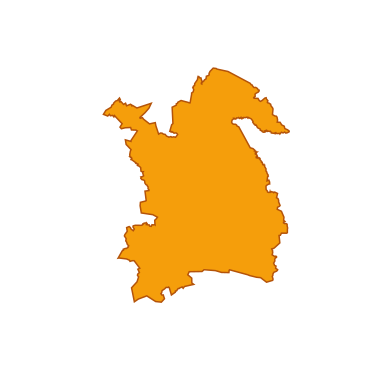 the district of Olinalá, Guerrero, Mexico, rotated 39°
{"feature_id": "50627088B95412074222990", "entity_name": "Olinalá", "entity_type": "district", "adm_level": 2, "iso_a3": "MEX", "parent_name": "Mexico", "parent_adm1": "Guerrero", "projection": "mercator", "projection_center": [-98.791, 17.883], "detail": "fine", "context": "isolated", "style": "filled", "palette": "amber", "viewbox_px": 384, "rotation_deg": 39, "n_neighbors": 0, "source": "geoboundaries", "source_scale": "gbopen_adm2", "svg_char_len": 6039}
<svg xmlns="http://www.w3.org/2000/svg" viewBox="0 0 384 384"><g transform="rotate(39 192 192)"><path d="M84.5,164.8L83.7,167.0L79.6,166.4L79.4,167.4L79.0,167.5L77.9,166.8L78.1,165.3L76.5,164.6L76.4,167.9L75.4,169.4L75.2,172.3L75.7,173.2L75.1,174.9L75.8,177.0L73.7,182.8L74.3,187.4L78.7,186.0L78.9,183.6L80.6,184.1L82.1,182.4L84.0,182.8L83.6,181.4L94.7,182.9L95.2,186.9L97.3,187.3L99.6,184.2L103.7,180.5L105.9,181.9L109.6,179.1L111.1,178.9L112.2,190.5L112.7,191.1L107.4,193.4L110.9,196.5L117.9,197.4L118.5,199.3L120.0,202.0L121.5,203.6L121.8,203.4L122.1,203.4L121.8,203.7L124.0,203.7L124.2,205.2L125.3,204.8L130.2,204.6L130.0,205.0L130.3,205.1L131.8,204.7L132.3,204.2L132.7,204.4L132.9,205.7L134.7,205.2L136.7,205.3L139.2,207.9L140.7,207.6L141.3,207.0L141.4,208.0L144.2,209.9L143.7,211.4L142.8,212.5L143.3,212.7L143.6,213.6L145.3,213.9L147.0,213.1L148.1,213.1L149.8,214.7L151.4,215.2L152.9,215.0L153.4,215.4L154.6,215.6L155.8,217.1L157.2,217.4L157.6,218.0L154.9,220.9L161.8,227.5L161.6,228.2L158.4,232.5L160.3,235.3L165.8,240.2L175.8,234.3L181.0,233.3L181.1,235.5L180.8,237.4L183.9,240.8L183.5,240.8L182.7,241.9L181.5,242.6L182.0,244.3L180.5,245.2L179.6,244.5L177.1,246.0L177.0,244.8L175.7,244.6L175.7,245.1L174.3,246.4L174.4,247.5L173.8,247.9L174.2,248.7L173.6,249.8L168.9,253.5L167.6,255.3L168.1,256.3L170.5,257.1L170.7,259.1L167.7,259.1L166.5,258.4L164.9,258.4L163.6,260.8L166.4,263.3L166.6,267.2L167.1,268.7L170.2,269.7L171.3,271.7L172.5,272.0L174.7,273.4L176.7,273.7L176.7,274.7L177.2,275.2L176.4,277.4L175.7,277.8L174.6,279.8L175.3,280.3L174.8,281.6L176.2,289.9L176.7,289.3L183.3,285.2L186.3,284.4L187.5,284.9L188.7,283.1L190.2,281.8L199.4,284.1L198.5,286.1L201.8,287.7L201.5,289.6L201.6,290.3L202.2,291.2L203.9,291.5L205.8,296.4L205.3,304.5L216.3,313.6L217.7,308.9L222.2,301.2L232.7,300.0L237.5,296.9L237.8,292.3L234.4,290.1L233.6,291.0L231.8,290.6L231.9,289.5L230.8,287.5L231.7,284.5L231.9,282.5L233.4,281.3L233.6,280.6L234.6,280.7L240.8,285.0L242.1,280.4L241.4,279.4L242.2,278.6L242.0,275.8L242.8,275.0L242.7,274.6L244.1,272.0L245.7,272.4L245.6,270.2L251.5,262.7L249.1,262.8L246.0,259.1L240.8,259.0L240.0,255.7L249.8,247.5L250.3,244.8L259.6,238.4L265.6,235.9L271.4,231.4L270.1,229.4L270.2,228.8L287.5,221.2L289.3,220.7L295.9,217.6L299.2,215.4L306.7,215.2L310.3,209.9L309.8,208.7L307.5,207.1L307.3,205.9L306.4,204.6L306.2,202.8L307.5,200.4L307.7,199.2L307.4,198.4L305.0,198.7L303.9,196.7L302.4,197.1L300.2,195.9L299.8,193.4L298.9,192.6L298.3,191.2L298.8,189.6L298.3,189.0L297.5,189.1L297.1,190.0L293.8,190.4L292.9,188.3L292.1,187.8L291.9,187.1L289.7,186.1L289.8,185.7L290.7,184.9L291.2,183.6L292.3,176.3L287.0,171.0L287.9,170.0L287.4,167.7L291.5,164.4L291.7,163.6L289.5,160.8L289.0,159.8L287.3,158.5L286.2,157.2L285.0,157.3L283.8,158.3L282.5,158.4L282.1,157.8L282.8,156.4L281.0,156.3L279.3,153.7L273.6,150.7L269.1,151.8L268.1,150.0L269.0,148.0L268.9,147.0L265.6,145.2L264.5,143.9L262.9,143.0L261.3,143.3L259.4,139.3L256.3,140.0L256.0,141.1L254.8,141.0L254.2,141.7L253.4,141.8L253.1,142.8L252.4,142.4L252.8,143.2L251.7,144.2L250.8,144.5L249.9,143.8L248.1,143.5L245.8,140.9L245.8,139.8L246.5,137.8L247.3,136.8L246.4,136.1L246.2,135.5L244.2,134.4L243.3,136.1L241.0,132.3L241.3,131.7L241.0,131.5L240.1,130.7L239.0,130.5L237.1,129.2L236.2,129.1L234.9,127.4L232.6,126.6L231.6,125.5L231.3,125.8L230.6,125.3L230.2,126.0L229.6,125.8L229.5,126.0L227.9,124.8L227.4,125.1L227.3,124.7L224.2,123.9L223.8,123.2L223.2,123.7L222.7,123.2L222.1,123.8L220.8,123.4L221.3,124.5L220.3,124.9L219.7,124.0L219.7,122.7L218.4,122.2L217.5,122.7L217.1,122.5L217.0,122.1L217.5,121.6L217.4,120.7L216.9,120.9L217.2,120.1L216.2,120.7L215.8,120.2L214.7,120.8L214.5,120.0L212.1,119.9L209.4,121.0L187.3,111.9L185.5,112.4L184.6,111.9L183.3,111.9L181.4,113.3L179.8,113.3L178.9,112.8L177.9,111.0L178.2,109.1L178.6,108.8L178.3,108.6L178.8,108.5L178.8,108.0L179.8,108.0L180.2,107.5L180.0,106.4L181.2,105.5L181.3,104.8L182.6,104.9L182.9,103.7L183.1,104.0L184.7,103.8L184.8,103.5L184.2,102.7L185.4,102.2L185.3,101.5L186.6,100.7L187.6,99.2L189.0,99.4L188.9,98.6L192.2,97.9L195.1,98.8L195.3,99.5L197.5,100.2L198.4,99.9L199.1,100.4L199.9,99.6L202.4,100.8L205.5,100.2L206.3,101.1L207.7,100.4L208.3,100.9L209.3,100.8L210.2,100.4L211.1,99.3L211.1,98.9L210.0,98.8L211.1,97.0L211.7,97.1L211.8,97.6L212.3,97.7L213.1,96.6L214.3,96.1L214.5,95.6L216.1,95.8L216.5,96.2L219.0,94.7L219.3,93.8L220.0,94.3L220.3,94.0L220.2,93.2L220.6,93.3L221.5,92.9L223.2,91.3L223.8,91.6L223.9,89.3L225.6,88.8L226.3,87.1L227.8,87.2L228.8,86.0L229.6,84.1L229.2,83.5L227.1,83.5L224.2,84.3L222.3,82.8L219.5,83.4L216.6,82.4L214.3,84.1L213.2,82.2L211.1,80.4L209.9,80.0L208.5,80.8L205.8,81.2L202.7,76.5L201.7,75.9L199.1,75.3L197.9,74.3L195.8,74.5L194.9,75.0L194.1,74.9L193.5,73.3L191.0,72.8L190.3,72.1L189.5,73.2L188.9,76.7L188.2,78.5L186.6,78.6L184.4,77.7L181.2,80.1L180.5,79.7L180.9,77.9L179.4,76.3L179.7,74.7L180.6,72.7L180.6,71.4L180.1,70.6L179.2,71.0L177.7,70.4L175.7,70.6L174.5,71.8L172.7,71.6L171.4,71.0L170.5,71.4L168.9,70.9L144.1,75.7L134.2,80.7L133.0,80.8L130.5,82.4L130.1,86.9L130.6,89.1L131.6,90.1L131.4,91.2L130.3,93.0L131.7,95.2L131.1,97.1L131.3,98.2L130.8,100.9L131.6,101.9L131.1,102.0L130.5,101.1L130.5,99.5L129.5,99.4L127.1,97.7L126.3,98.4L124.5,98.0L124.0,98.4L124.6,98.8L124.6,99.9L125.1,100.3L125.5,101.2L125.9,106.1L127.0,107.7L126.5,108.7L126.6,109.4L127.2,110.0L127.0,110.4L129.0,111.4L129.9,113.5L129.4,115.3L130.2,116.3L134.4,123.9L133.7,124.5L132.8,124.7L125.9,127.8L124.5,131.2L124.9,132.2L124.3,133.4L125.2,134.4L123.2,138.6L134.1,150.8L133.9,152.6L136.5,158.7L136.9,158.2L137.8,158.6L138.3,157.8L138.9,158.1L139.3,157.5L141.0,157.6L142.4,156.1L143.7,156.0L144.7,156.4L144.8,159.8L143.1,160.6L141.9,162.1L140.7,162.2L139.5,164.0L138.4,164.1L137.2,164.6L134.8,164.1L133.5,165.0L131.7,165.1L130.4,166.0L129.6,168.0L122.3,163.3L119.8,161.2L116.1,165.8L108.5,165.9L106.7,165.4L105.5,167.2L105.1,167.3L104.6,166.8L105.6,159.9L105.8,154.0L104.5,148.7L96.3,161.4L91.6,162.1L90.8,163.5L90.9,162.3L89.0,162.5L86.9,166.2L84.5,164.8Z" fill="#f59e0b" stroke="#b45309" stroke-width="1.5"/></g></svg>